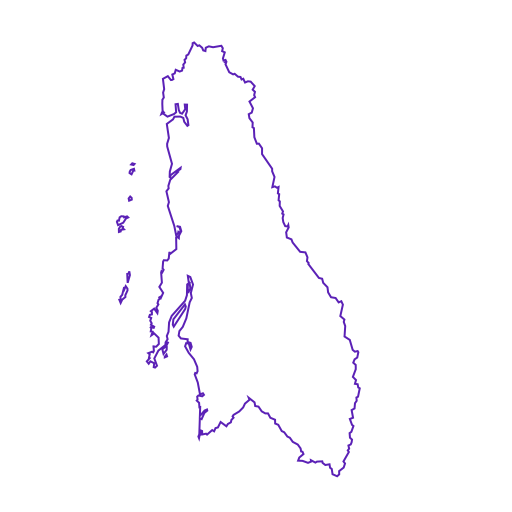 outline of Dawei, Tanintharyi, Myanmar, rotated 17°
{"feature_id": "60261553B72281625520368", "entity_name": "Dawei", "entity_type": "district", "adm_level": 2, "iso_a3": "MMR", "parent_name": "Myanmar", "parent_adm1": "Tanintharyi", "projection": "mercator", "projection_center": [98.324, 14.189], "detail": "fine", "context": "isolated", "style": "outline", "palette": "violet", "viewbox_px": 512, "rotation_deg": 17, "n_neighbors": 0, "source": "geoboundaries", "source_scale": "gbopen_adm2", "svg_char_len": 6134}
<svg xmlns="http://www.w3.org/2000/svg" viewBox="0 0 512 512"><g transform="rotate(17 256 256)"><path d="M119.1,109.8L115.2,113.8L119.4,123.3L119.4,126.9L121.5,131.4L120.8,133.9L121.9,137.9L124.2,144.4L125.7,145.5L124.1,146.1L124.0,148.0L125.1,146.8L130.6,148.6L136.1,144.2L137.6,141.9L134.7,134.4L136.8,133.4L139.5,139.0L141.5,141.3L143.7,141.5L145.4,136.3L143.6,132.0L145.8,131.4L147.7,138.1L147.5,142.0L150.6,145.2L153.1,150.6L152.3,151.6L148.1,148.6L146.1,145.2L142.9,144.8L137.3,146.6L136.7,149.6L132.1,155.8L138.2,168.6L138.2,174.7L139.1,177.3L148.7,192.4L148.9,200.4L150.3,205.7L150.9,206.0L150.8,203.5L158.1,193.7L158.3,195.0L155.0,198.9L156.7,198.8L151.7,208.3L151.7,214.6L152.7,216.9L151.4,220.3L157.0,230.0L157.0,233.9L169.1,251.2L173.3,259.0L174.8,257.5L174.7,255.7L175.5,256.1L176.5,255.0L176.3,253.5L174.3,250.7L171.3,250.6L174.8,250.3L177.3,254.1L176.4,259.1L177.0,261.5L174.8,260.6L174.4,259.4L174.2,261.6L177.8,272.7L173.2,279.2L172.0,277.4L173.3,284.0L172.4,286.2L169.1,287.0L168.8,288.5L170.3,295.2L171.7,296.2L171.2,298.9L170.1,298.2L170.1,299.5L173.8,309.0L172.6,313.8L178.0,318.4L177.3,323.7L176.5,322.9L175.6,323.9L176.6,325.0L175.6,326.3L175.6,329.9L176.8,330.8L175.8,334.7L178.1,337.1L178.4,339.5L174.0,336.1L171.6,339.5L172.9,340.1L173.5,342.3L171.7,343.3L171.6,345.6L173.9,345.9L173.8,348.8L175.9,350.8L175.6,352.5L179.3,353.4L179.2,354.6L175.4,354.9L177.0,355.5L177.4,358.9L179.4,358.6L180.2,360.0L179.2,360.7L179.2,362.4L181.2,359.8L186.7,362.6L188.8,368.5L187.1,371.9L184.5,372.6L184.0,371.5L186.1,376.6L185.8,378.2L184.6,377.9L181.4,380.4L183.1,381.1L183.4,384.7L184.2,384.8L182.4,388.7L184.9,390.4L185.8,387.6L190.0,388.3L190.7,392.2L192.1,392.2L193.4,389.9L188.7,383.7L190.3,375.0L195.4,367.6L194.8,365.0L195.8,361.4L194.1,358.6L194.5,354.1L192.3,344.9L192.9,337.9L201.3,319.5L201.4,313.7L198.5,303.3L200.2,300.8L199.1,300.3L196.6,294.9L199.3,295.3L204.1,301.7L204.5,310.5L206.9,314.9L206.1,319.6L207.6,336.0L206.7,345.2L204.7,350.2L205.3,354.8L208.3,356.8L215.0,355.6L215.7,358.2L218.8,358.2L221.1,361.7L220.7,364.5L217.3,359.3L214.7,359.8L214.6,363.1L220.0,368.3L226.9,372.9L232.2,379.2L233.8,383.2L233.5,385.6L232.1,385.6L232.0,387.1L237.3,394.0L242.9,404.7L245.4,402.8L246.8,404.0L245.6,405.9L241.7,406.2L240.9,407.7L242.1,410.4L241.6,411.6L244.5,413.0L246.1,417.2L246.8,416.8L249.1,425.4L252.0,418.8L254.0,417.1L254.6,418.1L252.5,421.2L251.7,427.9L249.7,427.5L253.9,443.1L253.7,445.5L254.8,446.9L254.5,444.2L255.5,442.0L254.2,439.0L255.6,439.1L256.8,442.4L260.2,440.5L261.4,441.1L265.0,435.3L267.2,435.9L267.6,432.4L269.7,431.1L270.7,425.1L277.5,427.5L278.2,424.9L280.6,422.4L280.4,420.0L281.8,417.2L280.5,416.2L281.0,414.5L285.4,409.6L288.0,404.6L288.6,400.4L291.8,395.4L290.5,393.7L297.4,396.4L299.1,399.7L302.4,399.3L306.9,402.9L310.9,403.8L313.5,403.0L317.0,406.5L322.1,407.0L323.3,410.6L326.6,410.9L331.8,415.9L334.5,416.3L338.8,419.5L341.5,419.9L345.5,423.0L351.1,424.1L354.9,427.0L356.3,429.7L357.7,429.6L359.3,431.5L356.3,436.1L356.1,439.4L360.4,438.3L366.2,438.6L368.8,436.5L368.2,435.2L373.2,436.2L374.4,434.8L379.4,433.0L380.2,434.4L383.4,435.6L387.2,433.7L388.7,436.8L390.7,437.5L393.0,442.3L398.0,442.9L399.4,440.5L398.4,437.4L401.7,432.7L401.8,428.4L399.7,426.9L402.1,416.3L400.6,415.1L401.4,413.0L399.8,410.2L401.7,408.5L401.9,406.2L401.5,403.5L399.0,402.3L397.3,398.0L398.6,396.3L398.9,390.1L397.2,389.4L393.4,384.4L396.1,382.3L392.5,375.4L394.8,373.0L393.7,367.8L394.6,365.0L393.4,362.0L394.7,360.7L393.9,352.2L392.2,351.8L390.7,348.9L388.0,349.3L387.9,345.4L384.0,343.3L384.5,335.1L383.2,331.0L380.2,329.6L380.5,326.0L382.5,323.5L382.0,318.1L381.0,317.2L378.5,318.6L375.9,317.5L370.2,308.8L364.2,307.1L361.8,296.9L359.2,293.4L359.1,290.9L354.2,288.8L353.3,277.1L350.8,274.3L348.6,276.2L344.4,272.9L339.8,273.5L335.6,269.7L333.5,265.0L328.1,262.0L325.9,258.4L322.6,258.6L308.4,248.4L308.4,247.3L306.2,246.0L305.6,242.2L302.2,238.1L297.0,239.1L287.1,232.4L285.0,229.7L280.1,229.3L277.9,224.5L278.9,219.1L277.8,216.9L277.6,218.5L275.2,218.9L272.2,215.6L270.4,211.9L270.2,208.2L268.7,207.8L268.8,205.5L264.0,201.2L262.8,196.8L261.3,196.1L260.1,190.1L258.6,189.7L257.4,183.4L256.1,184.6L253.7,183.9L251.5,185.4L250.6,175.0L246.7,170.3L245.9,167.8L232.0,156.8L230.3,151.2L225.9,147.7L224.0,148.4L219.7,142.9L216.6,134.3L215.0,133.9L213.8,129.3L209.4,126.1L207.6,122.5L210.0,120.1L209.9,115.6L204.6,110.2L208.7,104.4L207.2,102.7L207.0,99.3L204.2,97.9L205.1,93.9L199.9,90.8L197.2,91.3L194.8,93.3L192.0,90.2L190.6,91.4L188.8,89.3L186.4,89.8L182.3,88.0L181.0,89.0L176.7,88.1L170.8,81.6L170.9,80.2L169.8,79.8L170.8,78.8L169.5,77.4L167.8,78.6L166.6,76.7L166.6,70.4L163.7,70.0L163.5,67.0L161.4,65.1L153.9,68.9L149.6,69.3L147.1,71.5L147.7,74.8L145.4,74.8L143.6,72.6L140.2,71.1L138.8,72.2L134.4,69.9L133.2,71.0L133.8,73.2L132.3,83.1L130.8,84.7L131.4,87.4L130.3,89.3L131.6,91.6L130.5,94.2L131.8,97.1L130.7,97.7L131.1,100.3L129.1,101.9L124.8,101.4L124.9,105.1L122.9,106.9L125.3,111.0L124.3,112.1L123.2,112.6L119.1,109.8ZM198.0,347.6L203.8,327.3L203.6,324.8L202.2,323.1L195.5,340.7L196.5,346.0L198.0,347.6ZM142.6,324.8L140.2,322.9L139.9,325.9L139.0,324.3L139.4,332.3L138.3,334.7L139.4,337.5L138.2,337.9L140.3,340.5L140.8,336.9L143.1,333.4L142.5,331.7L143.2,326.5L142.6,324.8ZM120.7,258.1L122.5,256.5L121.1,255.8L118.5,257.6L117.9,256.8L115.5,257.4L114.3,258.9L114.6,262.3L113.2,262.6L113.0,264.0L115.1,266.8L119.3,263.0L120.7,258.1ZM196.2,376.7L198.0,371.8L197.2,368.9L196.4,368.7L193.7,372.6L196.2,376.7ZM141.1,319.2L141.0,311.1L139.3,307.7L139.3,310.1L138.1,310.8L141.1,319.2ZM120.4,267.0L118.6,266.7L117.5,267.8L116.9,270.1L117.9,273.1L119.4,272.1L119.3,270.4L121.9,269.1L120.4,268.3L120.4,267.0ZM202.0,310.2L202.7,306.2L200.8,302.1L199.2,303.4L201.1,309.8L202.0,310.2ZM113.1,214.3L113.7,210.3L114.7,209.9L113.8,208.3L111.0,210.4L110.6,212.1L110.8,213.6L112.3,214.1L113.1,214.3ZM118.5,240.2L120.7,238.4L120.1,236.8L118.3,235.9L117.4,238.2L118.5,240.2ZM112.9,203.5L110.6,203.5L109.9,205.0L112.3,204.8L112.9,203.5ZM198.4,379.6L200.3,378.0L199.2,376.4L198.2,378.9L198.4,379.6ZM195.6,364.5L195.6,366.2L196.7,367.2L197.1,364.6L195.6,364.5Z" fill="none" stroke="#5b21b6" stroke-width="2"/></g></svg>